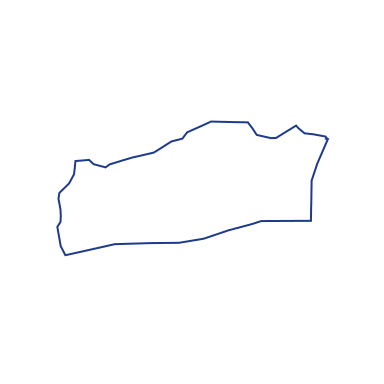 the district of Kerki, Chardzhou, Turkmenistan, rotated 138°
{"feature_id": "10190150B1660542161476", "entity_name": "Kerki", "entity_type": "district", "adm_level": 2, "iso_a3": "TKM", "parent_name": "Turkmenistan", "parent_adm1": "Chardzhou", "projection": "mercator", "projection_center": [64.9, 38.442], "detail": "fine", "context": "isolated", "style": "outline", "palette": "blue", "viewbox_px": 384, "rotation_deg": 138, "n_neighbors": 0, "source": "geoboundaries", "source_scale": "gbopen_adm2", "svg_char_len": 1088}
<svg xmlns="http://www.w3.org/2000/svg" viewBox="0 0 384 384"><g transform="rotate(138 192 192)"><path d="M112.5,102.1L95.5,120.4L79.7,129.4L79.4,129.5L55.6,140.4L56.8,142.0L55.7,142.4L55.7,143.9L63.3,153.8L69.1,160.3L70.2,168.1L70.2,171.7L93.3,175.9L97.2,179.1L105.7,191.1L104.5,198.9L103.9,206.4L115.7,217.4L115.8,217.5L130.7,231.6L142.2,235.2L151.4,238.2L155.8,239.6L156.8,239.4L163.5,238.1L164.8,238.8L173.4,243.3L178.0,244.1L191.1,246.3L194.1,246.9L209.3,255.3L212.8,257.3L224.7,263.0L225.1,263.1L234.6,267.6L239.7,268.1L240.3,269.0L246.5,278.5L247.0,284.7L249.5,286.6L252.8,289.1L257.9,293.0L258.9,292.1L263.6,287.8L266.5,285.3L267.7,284.2L273.4,282.1L274.6,281.7L277.6,280.6L277.8,280.6L291.1,280.1L295.7,276.4L297.3,273.8L298.3,272.1L298.8,271.3L301.4,267.1L304.0,263.9L305.6,261.9L308.0,259.5L309.7,257.8L310.3,257.6L315.4,256.2L319.5,249.7L322.1,245.5L323.2,243.8L325.8,239.6L328.4,229.8L327.4,229.2L284.3,204.9L257.4,182.1L235.6,162.9L214.4,149.4L190.5,139.1L169.2,128.2L159.9,124.0L122.9,91.0L112.6,102.1L112.5,102.1Z" fill="none" stroke="#1e3a8a" stroke-width="2"/></g></svg>